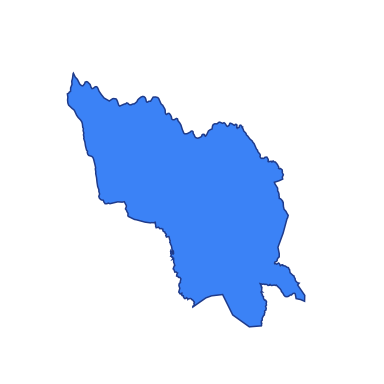 outline of Namarroi, Zambezia, Mozambique, rotated 163°
{"feature_id": "85939544B64189871111735", "entity_name": "Namarroi", "entity_type": "district", "adm_level": 2, "iso_a3": "MOZ", "parent_name": "Mozambique", "parent_adm1": "Zambezia", "projection": "equal_earth", "projection_center": [36.824, -15.87], "detail": "fine", "context": "isolated", "style": "filled", "palette": "blue", "viewbox_px": 384, "rotation_deg": 163, "n_neighbors": 0, "source": "geoboundaries", "source_scale": "gbopen_adm2", "svg_char_len": 6037}
<svg xmlns="http://www.w3.org/2000/svg" viewBox="0 0 384 384"><g transform="rotate(163 192 192)"><path d="M116.3,54.6L114.4,60.2L118.2,72.2L116.2,73.5L117.7,74.4L118.7,76.3L119.0,77.6L118.7,79.0L119.1,80.5L119.1,82.1L119.8,82.6L121.8,86.1L121.4,89.4L121.9,90.3L121.9,91.5L123.1,92.2L124.4,93.9L126.8,95.2L126.6,95.9L127.9,96.1L129.1,95.7L129.4,97.8L130.0,98.8L132.1,98.2L133.1,99.1L133.8,99.2L133.9,99.8L133.5,100.5L132.9,100.9L131.5,100.9L130.6,101.6L130.1,102.8L128.4,104.2L127.6,104.4L126.6,107.5L126.0,114.0L116.9,126.0L109.0,138.6L108.1,139.4L106.8,141.6L107.4,143.6L107.8,146.0L109.0,148.6L108.8,151.4L107.8,155.6L108.3,156.2L108.0,156.8L108.8,158.8L109.6,159.9L110.4,160.3L109.8,162.8L109.9,163.5L109.4,164.3L109.4,166.7L109.8,167.7L109.0,170.7L110.3,175.5L110.4,177.2L105.5,177.3L101.5,177.8L101.3,179.9L99.6,181.7L100.0,184.2L99.9,184.8L99.6,185.1L99.3,186.8L100.5,188.6L101.5,188.5L102.3,189.3L101.8,190.1L101.8,190.9L102.1,191.9L102.3,193.4L103.5,196.3L104.7,196.8L105.2,197.9L105.9,197.9L106.8,197.3L107.3,198.3L109.8,198.5L110.2,198.7L110.3,199.4L109.7,200.0L109.6,201.1L110.2,203.5L112.0,203.9L113.1,203.3L114.3,203.3L114.6,203.7L115.7,203.8L116.4,204.6L116.6,206.1L116.1,206.8L115.9,208.1L117.3,211.5L117.1,212.8L117.8,214.1L118.5,220.2L119.3,221.8L119.4,223.0L121.2,225.9L122.3,229.1L123.3,230.8L123.2,232.1L123.5,233.0L124.7,235.2L124.7,237.2L125.1,238.5L124.7,239.1L125.2,239.2L125.0,240.0L125.5,240.7L125.6,241.4L126.4,241.9L127.3,241.4L127.9,240.1L128.8,239.9L129.9,240.4L130.2,240.0L130.4,240.6L130.0,241.2L129.9,242.4L129.4,242.8L130.1,243.9L130.8,244.0L131.7,243.4L132.1,243.4L133.8,245.5L135.2,246.6L135.8,246.6L137.0,245.0L138.8,244.3L139.5,244.9L140.3,247.8L141.1,248.9L142.7,248.7L145.0,250.7L145.9,250.8L148.2,249.9L150.4,250.6L152.0,250.3L153.1,249.1L154.4,246.4L156.2,246.3L158.4,245.6L161.4,242.3L162.8,241.4L163.6,242.4L163.2,243.0L163.4,243.4L164.5,244.0L165.5,243.8L166.0,243.4L166.2,242.7L167.5,242.0L170.3,241.7L171.1,241.9L172.5,242.9L173.1,244.1L173.2,245.9L173.7,247.4L173.4,249.5L173.9,250.2L174.9,250.5L176.3,249.8L179.6,249.2L181.5,249.6L182.1,249.9L182.6,250.7L183.0,254.7L183.0,259.2L183.5,261.5L184.6,264.3L184.5,266.2L185.4,266.9L188.0,266.3L189.4,266.9L190.1,267.9L189.7,269.6L190.0,271.8L190.7,273.7L191.8,274.2L193.8,273.6L194.2,274.1L194.4,275.7L193.8,277.7L193.7,279.1L194.7,283.6L195.5,284.6L195.9,285.7L196.5,291.0L197.1,292.3L199.0,293.5L201.4,294.1L205.1,290.9L206.7,291.4L208.4,290.9L209.0,291.3L209.2,292.2L209.0,294.4L209.2,295.9L210.0,297.2L211.1,297.8L213.1,297.7L215.6,296.7L217.0,295.9L218.4,294.4L221.3,293.2L223.2,293.5L224.7,293.2L225.9,293.5L226.7,294.2L227.4,295.6L228.4,296.3L229.8,295.7L230.9,295.9L236.0,295.3L236.7,296.5L236.8,300.7L237.1,302.6L237.5,303.3L239.7,304.3L240.7,304.4L244.5,303.2L248.6,307.6L250.2,311.6L251.4,315.5L251.7,318.9L252.2,320.3L252.9,320.8L253.9,320.9L256.1,320.0L257.4,320.1L257.9,321.5L258.0,324.6L259.7,327.8L260.7,328.4L262.1,328.3L263.0,327.0L265.2,325.5L266.0,325.6L267.2,326.9L267.8,328.0L268.7,333.3L270.1,336.2L270.7,340.3L271.1,339.9L273.1,335.5L274.6,333.1L275.3,330.0L277.6,327.1L278.7,323.8L280.3,323.3L280.9,322.6L282.5,322.3L283.0,319.0L284.1,316.4L284.7,313.4L284.6,311.2L282.2,306.9L280.9,305.1L280.5,303.6L279.9,299.1L279.1,296.6L277.5,293.4L276.9,291.3L276.9,289.3L277.6,285.7L277.3,284.5L278.2,282.5L278.2,280.0L279.1,278.4L279.3,275.9L279.9,274.8L279.8,271.2L280.4,267.2L280.6,262.9L280.0,261.5L280.6,260.3L280.6,258.5L280.1,257.2L277.5,255.4L276.7,254.1L276.5,252.2L276.8,246.7L277.0,243.8L277.2,243.0L277.7,242.5L278.1,239.6L278.7,237.8L279.1,233.6L280.0,229.0L280.6,224.8L280.4,221.5L280.9,219.7L280.9,217.7L281.0,217.0L282.4,215.1L282.4,213.3L281.6,211.6L280.8,210.8L279.2,210.0L279.2,208.3L278.5,206.2L276.9,205.7L275.2,205.8L273.9,204.8L265.9,204.3L261.7,202.7L259.6,202.5L258.8,198.2L259.1,197.1L260.6,195.3L260.0,193.7L259.9,192.1L259.4,190.3L260.2,188.2L260.1,187.3L255.1,182.6L253.3,181.7L245.7,176.9L240.7,174.6L239.8,174.6L237.3,173.7L236.1,173.9L236.0,173.0L236.4,172.5L236.4,170.8L236.8,169.9L236.7,168.3L234.3,168.1L233.5,166.3L231.6,165.9L231.1,164.7L230.8,164.7L231.1,163.6L231.0,162.9L229.6,161.5L229.8,160.8L229.0,159.1L229.0,158.8L229.8,158.1L229.6,156.4L227.6,156.3L227.2,156.2L227.1,155.6L227.3,152.6L227.1,151.8L228.0,150.3L227.6,149.5L227.8,148.1L227.4,146.7L227.9,142.6L227.1,140.9L227.6,138.5L228.0,138.2L228.6,138.8L228.4,140.3L228.6,140.8L229.3,141.4L229.4,142.1L229.9,141.4L229.8,140.8L230.4,139.1L229.8,138.2L231.2,136.8L230.1,135.9L230.4,134.9L229.9,135.4L229.5,135.2L229.7,133.9L230.3,133.4L229.1,133.6L230.1,130.0L229.9,128.9L230.0,126.6L230.7,126.4L232.5,124.0L232.0,123.5L231.8,120.3L230.9,120.3L230.2,119.8L230.0,119.0L229.5,118.7L230.8,117.3L231.3,116.1L230.2,115.5L229.9,114.3L228.6,113.9L228.0,112.1L229.4,109.8L229.6,108.7L230.7,108.4L231.3,107.7L231.9,106.2L231.8,103.5L233.9,100.2L233.1,97.9L232.2,97.7L231.8,98.2L231.3,98.2L231.9,96.4L231.7,95.8L230.7,95.4L230.8,94.0L230.3,92.3L229.1,92.0L228.1,92.5L227.4,91.4L227.4,90.5L226.7,90.9L224.6,90.6L224.0,90.1L223.7,89.1L223.1,88.9L221.9,85.9L222.7,85.1L222.7,84.0L223.5,82.7L224.6,82.5L224.8,81.8L209.6,86.7L203.6,87.0L192.7,85.0L189.0,62.5L176.6,46.3L164.8,43.7L164.4,44.2L164.1,45.6L163.6,46.1L164.0,46.6L163.2,48.6L162.4,48.8L162.0,49.8L161.9,50.5L161.4,51.2L159.7,52.9L158.7,53.3L158.4,54.5L157.6,55.3L157.6,56.3L157.3,57.0L155.9,57.4L155.0,59.1L155.1,61.2L153.8,62.1L153.7,63.6L153.0,64.8L152.8,65.6L153.1,66.0L153.1,66.7L153.7,67.4L154.2,67.4L154.7,69.0L154.6,70.4L154.2,71.2L155.0,72.2L155.0,73.1L154.7,73.4L155.3,75.9L155.1,76.3L154.0,75.9L154.5,76.7L153.4,79.5L153.5,80.2L153.0,80.5L153.4,81.3L153.2,81.9L153.6,84.4L151.4,83.1L150.2,83.0L149.3,82.2L148.8,82.3L147.4,81.7L146.6,80.4L145.1,80.2L144.9,80.7L144.4,80.8L144.1,80.1L143.2,79.3L140.6,79.0L139.4,78.2L138.7,78.4L136.1,73.8L135.4,71.5L135.6,70.8L134.6,68.5L134.3,66.6L133.4,64.8L131.8,64.1L130.4,64.0L127.9,64.8L127.0,64.4L125.3,65.4L123.8,65.3L123.2,64.7L123.1,64.2L123.6,59.6L119.6,57.4L116.3,54.6Z" fill="#3b82f6" stroke="#1e3a8a" stroke-width="1.5"/></g></svg>